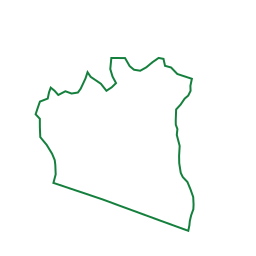 the district of Flórida, Paraná, Brazil, rotated 110°
{"feature_id": "56859067B92669996369724", "entity_name": "Flórida", "entity_type": "district", "adm_level": 2, "iso_a3": "BRA", "parent_name": "Brazil", "parent_adm1": "Paraná", "projection": "albers", "projection_center": [-51.967, -23.105], "detail": "fine", "context": "isolated", "style": "outline", "palette": "green", "viewbox_px": 256, "rotation_deg": 110, "n_neighbors": 0, "source": "geoboundaries", "source_scale": "gbopen_adm2", "svg_char_len": 988}
<svg xmlns="http://www.w3.org/2000/svg" viewBox="0 0 256 256"><g transform="rotate(110 128 128)"><path d="M205.1,179.3L203.8,127.5L203.9,108.7L203.9,101.6L204.0,67.5L204.0,53.0L204.0,36.2L198.6,37.0L194.2,38.1L188.4,38.8L182.0,38.8L177.5,40.2L170.6,43.1L164.4,48.2L158.4,53.7L155.4,59.7L152.1,63.1L143.6,67.8L136.6,70.5L127.2,73.3L117.8,79.8L112.1,81.2L108.6,84.2L104.4,85.8L94.1,89.1L88.1,86.6L81.0,84.8L77.0,82.5L71.7,81.9L67.0,83.8L59.9,84.8L60.4,100.1L56.4,108.2L56.9,114.5L50.9,118.3L51.7,123.2L57.8,127.5L64.8,131.6L70.0,136.1L71.2,142.3L69.3,147.6L63.3,154.7L67.9,167.6L78.7,164.8L85.0,160.1L89.9,154.6L95.3,157.2L100.4,161.0L95.7,168.6L92.7,180.6L89.4,185.1L96.0,184.9L107.2,185.9L111.8,187.2L114.9,192.8L114.9,199.4L120.8,204.8L118.1,209.8L116.5,214.4L121.5,214.4L127.8,213.5L133.3,219.8L140.3,219.7L146.7,219.5L149.5,214.0L157.4,211.1L166.6,207.3L171.7,198.6L178.2,190.5L183.2,185.9L187.5,183.7L196.3,180.1L205.1,179.3Z" fill="none" stroke="#15803d" stroke-width="2"/></g></svg>